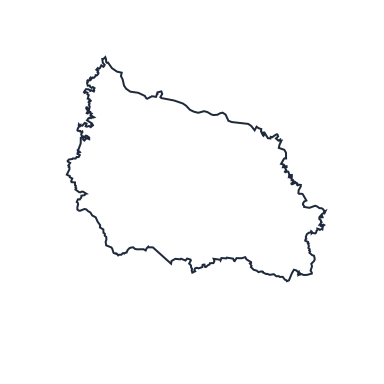 Tangail, Dhaka, Bangladesh (orthographic projection), rotated 117°
{"feature_id": "16705992B55867939933107", "entity_name": "Tangail", "entity_type": "district", "adm_level": 2, "iso_a3": "BGD", "parent_name": "Bangladesh", "parent_adm1": "Dhaka", "projection": "orthographic", "projection_center": [89.988, 24.376], "detail": "fine", "context": "isolated", "style": "outline", "palette": "slate", "viewbox_px": 384, "rotation_deg": 117, "n_neighbors": 0, "source": "geoboundaries", "source_scale": "gbopen_adm2", "svg_char_len": 6039}
<svg xmlns="http://www.w3.org/2000/svg" viewBox="0 0 384 384"><g transform="rotate(117 192 192)"><path d="M233.4,311.4L233.3,308.0L234.3,307.6L234.3,304.8L237.1,304.6L237.9,303.8L236.6,300.6L239.0,299.4L239.2,298.3L240.9,297.9L241.1,296.9L242.7,297.0L243.4,292.5L243.0,291.3L241.9,290.6L241.2,289.4L241.5,285.4L242.1,286.1L243.6,286.3L245.5,288.9L247.1,288.2L249.6,288.6L250.3,290.3L253.2,290.2L253.4,289.0L254.8,287.8L257.2,287.4L259.6,286.2L260.0,284.7L259.6,283.3L255.9,280.0L255.5,278.2L256.2,276.1L256.4,273.2L258.2,270.3L258.3,266.3L261.3,262.6L263.3,258.7L265.4,257.9L265.6,254.0L268.5,252.4L268.7,250.8L270.5,249.9L271.0,248.0L273.2,246.7L275.7,246.3L278.5,244.2L278.0,238.7L278.7,237.4L281.9,234.2L281.6,231.7L281.1,231.7L281.1,231.0L282.0,229.0L281.0,228.5L280.0,226.5L278.0,225.9L277.4,225.0L277.6,224.4L276.1,223.6L275.7,222.8L273.1,223.0L270.6,222.3L269.4,221.3L268.0,219.4L268.6,216.8L267.9,214.7L265.0,209.2L265.1,206.7L263.0,206.9L260.5,206.1L260.9,205.4L259.1,201.7L265.4,178.1L262.7,178.9L259.1,176.5L257.4,172.0L256.4,171.5L256.0,166.7L253.5,166.1L252.9,162.7L253.4,162.0L257.1,162.0L257.9,159.6L259.7,158.4L260.4,157.1L262.0,156.7L263.7,155.1L261.2,153.2L260.5,154.5L258.5,154.5L257.4,153.4L257.0,151.4L254.2,148.7L252.1,149.5L251.0,148.0L252.8,146.4L252.6,145.6L249.9,144.5L248.7,143.5L247.3,143.7L245.6,140.6L243.3,140.7L241.7,142.4L239.6,136.3L240.1,135.5L237.5,135.8L235.6,131.3L234.7,131.2L232.7,125.1L234.2,123.4L234.2,122.6L230.7,122.3L228.5,117.7L225.9,115.0L227.3,112.8L227.7,107.5L228.4,107.1L229.4,107.9L230.8,105.4L232.1,105.5L233.3,101.7L232.7,98.7L233.2,96.3L231.5,94.5L230.9,93.2L230.9,92.6L231.5,92.4L231.4,88.7L230.8,87.8L230.5,85.1L228.1,81.8L228.8,78.6L227.6,76.5L227.8,75.2L226.4,72.6L227.9,69.6L227.8,67.8L228.4,66.9L226.7,65.5L219.2,66.1L215.0,65.9L214.5,63.4L215.1,61.7L214.4,60.8L216.9,60.2L216.2,59.3L217.4,59.2L216.8,58.7L215.5,58.7L216.0,57.7L215.4,57.2L215.3,55.0L213.8,52.1L210.3,48.2L209.4,48.7L208.3,50.6L203.8,51.3L201.8,53.1L198.3,52.0L196.5,52.0L194.8,53.1L193.4,54.4L193.7,56.3L192.8,59.8L191.2,59.9L190.9,61.1L189.6,61.1L189.0,62.9L187.0,63.4L185.7,64.7L184.9,64.7L185.0,65.6L183.8,66.0L184.0,69.0L182.6,69.4L181.8,68.9L180.4,70.2L177.4,70.5L175.1,69.3L174.0,67.6L172.8,68.0L172.9,67.3L174.4,66.6L173.8,66.4L173.0,63.4L171.9,63.0L170.0,63.4L168.9,63.0L167.7,63.7L167.4,62.0L167.7,60.9L165.9,59.5L166.0,58.9L163.0,59.9L161.5,59.2L161.4,60.0L162.2,60.8L163.8,61.0L163.8,61.6L163.0,61.4L162.6,61.9L163.3,63.4L160.1,62.8L159.9,63.6L158.8,64.3L158.3,66.3L157.0,66.9L155.2,64.2L154.6,64.8L155.4,65.4L155.5,66.8L152.3,66.0L151.3,65.3L151.0,64.3L148.4,64.4L149.7,65.3L148.6,65.9L147.7,67.9L147.7,69.3L148.5,71.1L148.1,73.9L148.3,76.0L152.8,80.2L154.4,85.3L153.7,85.6L152.9,87.4L151.8,87.9L149.5,87.7L147.7,86.2L143.7,92.3L143.9,93.8L145.0,95.7L144.7,96.7L142.0,97.8L137.9,97.6L136.3,98.2L137.0,100.1L138.1,100.8L137.8,101.9L136.6,102.1L136.4,102.8L137.2,104.4L139.4,106.0L139.8,106.8L139.2,107.3L136.2,105.5L136.3,107.0L135.6,107.4L136.3,108.6L134.3,109.4L134.6,110.8L132.8,110.1L131.5,110.8L132.0,111.7L134.0,112.7L132.2,113.3L130.2,115.4L130.4,116.4L131.9,117.6L131.8,118.4L129.7,118.1L127.9,120.5L126.9,119.0L126.1,119.5L127.0,120.6L126.5,121.6L128.3,121.7L128.6,122.2L127.1,122.4L126.0,123.2L126.5,125.4L120.6,125.1L119.9,124.7L119.4,123.4L114.3,126.1L112.5,128.9L113.3,134.7L109.9,135.5L105.8,135.6L106.5,136.4L105.2,137.2L107.0,138.3L106.2,141.5L103.4,140.5L102.0,141.9L102.0,142.6L103.0,143.4L106.8,145.4L107.1,146.9L108.7,146.4L109.6,148.8L106.1,154.5L106.6,155.4L108.8,153.7L109.5,153.8L109.3,154.5L106.7,158.0L104.5,158.8L104.9,161.7L104.5,164.1L108.6,164.2L106.3,169.1L105.8,172.8L111.6,188.3L112.0,191.9L107.8,197.2L107.4,200.7L109.2,202.8L111.6,204.4L113.7,207.8L114.1,209.8L113.8,214.6L114.5,217.9L118.6,222.4L119.6,226.8L119.7,231.2L117.8,236.4L117.3,240.5L118.6,249.5L122.2,261.9L121.9,263.2L118.1,263.1L116.3,265.0L118.8,267.9L120.1,267.4L120.1,267.8L123.5,267.2L124.9,271.2L129.2,274.2L129.3,275.2L127.8,277.7L128.0,284.9L130.6,292.5L129.9,297.5L128.1,300.8L123.2,304.9L121.0,307.9L117.6,308.8L118.8,313.5L118.0,319.6L114.8,325.6L115.5,326.3L115.2,327.4L112.7,328.9L111.2,330.5L113.5,331.2L114.2,332.3L117.4,330.1L118.4,327.5L120.4,327.6L120.7,327.8L120.3,330.3L123.6,330.3L124.5,330.9L124.3,332.2L126.5,332.7L126.7,330.6L128.1,330.6L128.5,329.3L129.3,329.2L131.1,329.6L131.6,330.8L132.2,330.5L134.9,331.3L135.1,332.4L135.9,332.7L135.9,334.3L137.0,334.5L137.4,333.1L138.6,333.3L139.0,334.4L139.6,334.6L139.7,335.6L140.2,335.8L141.2,334.8L141.8,335.3L142.5,335.0L144.6,333.1L143.6,331.4L144.5,330.6L144.8,328.7L143.5,328.0L143.7,326.0L145.2,326.1L146.1,325.1L147.0,325.1L147.1,328.1L148.2,328.6L147.6,329.5L147.6,331.1L148.6,333.2L152.1,333.6L152.5,332.7L151.1,331.5L151.0,330.1L152.5,329.5L152.6,328.0L156.2,327.3L155.9,325.6L156.7,323.6L157.3,323.8L157.0,324.9L158.9,325.0L159.9,323.3L161.3,323.4L162.2,322.0L166.4,320.8L164.2,323.9L164.5,324.5L165.6,324.2L166.9,321.5L169.5,321.6L169.4,320.6L168.2,320.4L168.0,319.7L167.0,319.5L166.8,319.0L167.8,318.1L167.7,317.0L169.6,317.3L169.9,313.2L170.7,314.0L170.4,314.9L172.0,315.5L171.8,316.6L172.9,316.9L173.2,317.7L175.8,318.1L176.3,312.5L177.9,312.4L178.2,311.7L177.1,311.1L177.5,310.5L180.2,311.7L179.9,313.7L181.5,315.3L181.7,316.6L178.9,317.0L179.1,318.9L182.7,319.8L183.2,321.4L184.0,321.5L183.9,322.6L183.2,322.5L183.5,322.9L183.2,323.4L184.2,323.1L184.6,322.2L187.1,322.6L189.1,322.1L189.3,321.5L188.4,319.4L188.9,319.0L188.7,318.1L187.8,317.3L188.4,316.8L190.8,317.0L192.2,315.5L191.9,314.3L192.5,314.0L192.0,312.4L190.2,312.4L189.7,311.3L190.2,308.3L191.6,307.6L191.9,310.5L195.0,311.2L194.7,312.8L193.3,313.4L192.6,313.1L192.9,314.9L193.4,314.7L194.2,315.7L199.3,313.2L205.5,312.5L206.6,312.9L207.2,312.0L207.0,310.7L207.4,310.0L208.6,311.8L210.1,311.3L209.9,308.9L210.3,308.7L212.4,308.9L213.2,310.7L215.0,310.9L216.3,313.5L217.0,313.7L218.9,316.4L220.8,316.9L221.3,316.5L221.4,313.8L224.6,314.2L224.8,313.1L225.8,313.1L226.0,312.2L227.4,311.5L233.4,311.4Z" fill="none" stroke="#1e293b" stroke-width="2"/></g></svg>